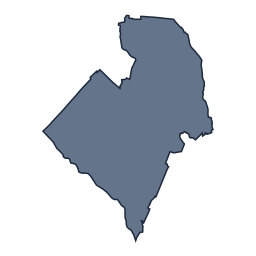 Cristesti, Suceava, Romania
{"feature_id": "2599482B22632955196999", "entity_name": "Cristesti", "entity_type": "district", "adm_level": 2, "iso_a3": "ROU", "parent_name": "Romania", "parent_adm1": "Suceava", "projection": "mercator", "projection_center": [26.592, 47.273], "detail": "fine", "context": "isolated", "style": "filled", "palette": "slate", "viewbox_px": 256, "rotation_deg": 0, "n_neighbors": 0, "source": "geoboundaries", "source_scale": "gbopen_adm2", "svg_char_len": 5636}
<svg xmlns="http://www.w3.org/2000/svg" viewBox="0 0 256 256"><path d="M211.7,132.4L211.5,131.0L211.6,130.5L211.5,130.2L213.0,129.6L212.9,129.1L212.6,128.4L212.3,127.6L212.0,126.8L212.0,125.4L212.1,124.3L211.9,124.2L211.8,123.8L211.8,123.7L212.2,123.4L212.2,123.2L212.1,122.1L211.9,121.2L211.8,120.6L211.5,120.2L211.3,119.7L211.2,119.3L211.5,118.8L211.4,118.6L211.1,117.9L210.9,117.5L209.1,117.5L208.9,116.9L208.5,116.8L208.3,116.8L208.3,116.1L208.1,115.3L207.8,114.2L207.9,113.6L208.0,113.0L208.0,111.9L208.0,109.3L207.5,107.2L206.1,103.1L206.0,102.4L205.5,101.4L205.0,100.8L204.6,100.4L203.7,99.9L202.8,98.5L202.7,97.9L202.7,97.4L202.8,96.9L202.9,96.0L203.0,95.5L203.1,94.6L203.3,94.2L203.3,93.5L202.9,92.7L202.7,92.4L202.7,92.0L202.7,91.6L202.9,91.3L203.2,91.2L203.3,90.7L203.6,90.1L203.7,89.5L203.7,88.5L203.9,86.5L204.1,86.2L204.4,86.1L204.4,85.9L204.3,85.2L204.2,84.5L204.1,83.7L204.1,83.0L204.2,82.6L204.3,82.3L204.2,81.9L203.7,81.0L203.6,80.5L203.2,79.7L202.7,78.2L202.4,77.0L202.4,75.0L202.3,74.9L202.3,74.7L202.2,74.4L202.3,74.1L202.2,72.4L201.7,68.8L201.6,68.2L201.6,67.5L201.5,67.0L201.3,66.4L201.1,65.9L201.1,65.3L201.1,64.9L201.4,63.0L201.5,62.3L201.6,61.7L201.7,61.1L201.8,60.6L201.7,60.1L200.2,57.6L199.4,56.5L198.4,55.2L197.1,53.9L195.3,51.5L194.0,50.1L191.6,47.6L191.1,47.0L190.8,46.5L190.7,46.1L190.4,45.7L190.0,44.4L189.6,43.2L189.3,42.4L189.3,41.3L189.2,40.9L188.9,39.7L188.8,39.2L188.8,38.8L188.3,36.9L188.3,36.3L187.9,34.8L187.0,33.9L186.7,33.8L186.4,33.7L186.0,33.4L185.8,33.3L185.5,32.9L185.5,32.5L185.5,32.3L185.3,32.2L184.9,32.2L184.5,32.3L184.1,32.2L183.7,31.7L183.4,29.8L183.3,29.6L182.3,28.8L182.0,28.4L181.9,28.3L181.7,27.8L181.7,27.5L181.2,27.2L180.7,27.2L180.4,27.3L179.9,26.9L179.5,26.3L175.9,22.3L175.6,22.1L175.2,21.8L175.0,21.4L175.0,21.2L174.8,20.8L174.6,20.6L174.2,20.5L174.1,20.3L174.0,20.1L173.7,19.3L171.2,19.0L166.9,18.6L158.2,17.6L152.2,17.1L148.6,16.9L142.6,16.4L140.8,16.4L140.8,16.7L140.8,17.4L140.9,18.4L140.9,18.7L140.9,19.3L136.8,19.2L136.8,19.3L134.5,19.3L133.6,18.8L132.3,18.8L132.1,18.4L129.1,18.3L129.0,17.0L129.0,15.7L127.7,15.5L126.8,15.4L126.6,15.5L126.3,15.9L126.0,16.0L125.9,16.5L125.6,17.0L124.7,18.0L124.6,18.6L124.9,21.0L124.7,21.3L124.5,21.5L124.3,22.1L122.9,22.2L122.0,22.4L119.6,23.1L119.1,23.0L118.7,23.4L118.4,24.0L118.4,24.3L118.5,24.8L118.5,25.0L119.0,25.3L119.6,25.3L119.9,25.4L120.0,25.4L120.2,25.5L120.3,27.6L120.1,28.0L119.9,28.8L119.9,29.3L120.1,29.6L120.2,29.9L120.3,30.3L120.2,30.6L120.0,30.8L119.8,31.0L119.9,31.6L120.3,32.1L120.4,32.5L120.4,33.5L120.4,34.9L120.2,35.7L120.1,37.1L120.2,37.9L120.6,38.8L120.7,39.3L120.6,39.9L120.9,40.8L120.9,41.8L121.0,41.9L121.1,42.4L121.3,43.4L121.4,44.4L121.5,45.5L121.5,45.8L121.7,46.1L121.8,46.4L121.7,46.9L121.7,47.2L121.8,47.4L121.9,47.7L122.4,48.4L122.7,48.7L122.9,48.9L123.2,49.2L123.8,49.5L124.5,49.9L125.1,50.0L125.6,50.1L126.1,50.4L126.5,50.6L126.8,50.8L127.1,51.2L127.9,52.2L128.5,53.1L128.7,53.6L129.0,54.0L129.3,54.3L129.6,54.6L129.9,55.2L130.3,55.5L131.1,56.2L131.6,56.7L132.4,57.2L133.1,57.4L133.9,57.7L135.3,58.4L135.8,59.6L135.8,60.0L135.2,61.0L133.6,64.7L131.9,67.9L131.2,70.9L130.6,74.7L129.9,78.6L129.8,79.3L128.6,78.8L126.5,78.0L125.8,79.2L124.8,79.4L121.7,79.7L121.9,82.1L121.8,83.3L121.2,84.1L120.7,85.3L120.4,85.4L120.3,85.6L120.2,86.1L119.8,86.9L120.4,87.6L120.4,87.8L120.3,88.0L120.0,88.5L112.8,82.4L103.7,73.4L99.8,69.7L97.3,72.4L97.2,71.9L97.1,71.6L96.8,71.1L90.2,77.3L90.7,79.2L83.5,86.8L83.0,87.4L81.7,88.8L79.4,91.4L75.7,95.8L70.0,102.1L63.2,109.9L57.7,115.9L53.4,120.5L52.8,121.0L51.0,123.2L49.0,125.4L43.0,131.2L46.6,135.0L53.3,142.1L56.8,148.4L58.9,150.3L63.2,154.8L63.2,156.6L65.3,158.2L68.6,158.3L69.7,159.5L70.3,161.6L71.0,163.1L72.6,163.3L75.4,164.1L76.6,165.7L78.2,169.2L78.9,172.0L81.8,173.1L85.0,173.1L88.1,173.5L90.7,176.2L96.5,185.1L102.6,188.9L106.8,192.2L111.9,198.1L114.1,199.4L114.7,199.5L117.5,199.5L121.5,205.4L124.1,207.3L124.7,208.4L125.0,209.7L125.1,217.9L126.1,220.5L126.4,224.9L127.2,227.1L128.7,228.7L131.1,230.1L133.7,234.8L135.7,240.6L136.6,237.8L140.0,232.3L141.3,232.3L142.7,232.0L142.8,230.0L142.7,228.8L143.0,226.5L142.7,225.6L142.5,225.1L142.3,224.1L142.3,223.8L142.3,223.3L142.3,223.0L142.3,222.6L142.1,221.9L141.5,220.8L142.3,220.9L142.6,221.0L143.0,221.9L143.3,222.9L143.3,223.6L149.0,211.3L148.9,211.1L149.8,209.1L148.8,208.6L148.2,208.3L147.7,208.0L150.3,203.5L150.0,203.2L151.4,200.8L151.3,200.5L154.8,197.3L154.6,197.2L155.2,196.2L156.0,196.7L162.4,181.0L167.3,169.0L168.6,166.7L167.9,166.3L167.4,165.6L167.3,165.1L167.3,164.3L165.5,163.3L170.0,151.7L170.8,151.9L173.6,152.8L174.0,152.8L174.3,152.8L176.6,152.4L180.7,151.6L181.1,151.5L181.4,151.6L184.3,144.3L184.3,144.0L184.3,143.8L183.0,142.3L182.4,141.3L181.3,140.0L180.9,139.5L179.7,136.5L179.6,135.9L180.1,135.1L179.8,134.3L181.0,133.1L181.5,133.1L182.0,133.5L182.4,133.5L184.2,131.8L184.7,131.5L184.9,131.8L185.5,132.4L186.0,132.5L186.4,133.0L186.5,133.1L187.6,133.3L188.0,133.8L188.6,134.0L188.8,134.5L189.0,134.7L189.1,135.2L189.1,135.6L189.4,136.3L189.3,136.8L189.9,137.5L190.2,137.4L190.5,137.5L190.9,137.9L191.1,137.7L193.3,138.0L194.0,138.7L194.9,139.3L195.2,139.6L195.4,139.6L195.6,139.8L201.5,133.8L202.0,133.1L202.1,133.9L202.3,134.5L202.4,135.4L202.6,136.1L202.8,136.0L203.0,135.8L203.7,135.3L204.0,135.1L204.0,134.9L204.3,134.8L204.3,134.6L204.5,134.5L204.6,134.4L204.8,134.4L205.1,134.4L205.3,134.2L205.4,133.9L205.3,133.5L205.1,133.2L206.3,133.1L206.4,133.5L207.0,133.6L206.9,134.0L207.1,134.1L207.4,134.2L207.6,134.1L208.1,134.0L208.6,133.7L209.1,133.3L209.9,133.4L210.3,133.2L210.8,133.0L210.9,132.7L211.2,132.4L211.7,132.4Z" fill="#64748b" stroke="#1e293b" stroke-width="1.5"/></svg>